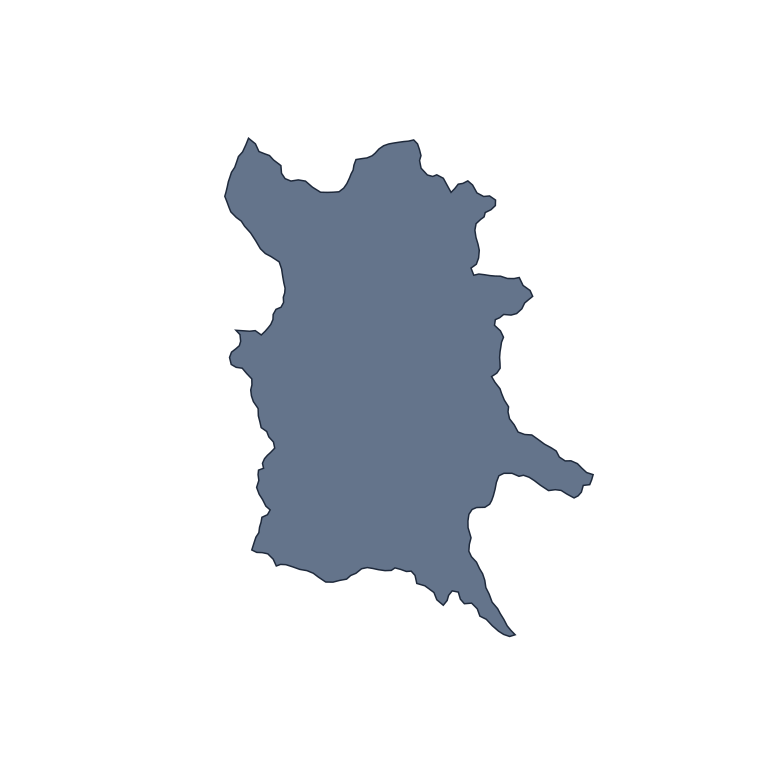 the district of Campanário, Minas Gerais, Brazil, rotated 131°
{"feature_id": "56859067B36215621626417", "entity_name": "Campanário", "entity_type": "district", "adm_level": 2, "iso_a3": "BRA", "parent_name": "Brazil", "parent_adm1": "Minas Gerais", "projection": "equal_earth", "projection_center": [-41.737, -18.28], "detail": "fine", "context": "isolated", "style": "filled", "palette": "slate", "viewbox_px": 768, "rotation_deg": 131, "n_neighbors": 0, "source": "geoboundaries", "source_scale": "gbopen_adm2", "svg_char_len": 3819}
<svg xmlns="http://www.w3.org/2000/svg" viewBox="0 0 768 768"><g transform="rotate(131 384 384)"><path d="M592.0,345.9L588.0,343.7L584.7,339.5L581.8,332.7L579.2,326.0L575.4,319.7L573.2,313.2L572.8,307.0L571.7,298.1L567.0,292.5L561.3,288.6L555.8,284.2L550.3,283.5L545.3,281.0L538.1,279.7L533.5,276.2L530.6,271.5L527.8,266.4L524.2,260.8L519.9,256.2L515.6,255.1L513.0,249.8L510.8,244.1L507.4,240.7L508.1,235.0L513.0,228.4L509.5,220.8L508.6,209.5L512.2,202.6L512.1,194.1L506.0,194.3L501.1,196.6L495.4,196.8L492.3,191.4L496.3,185.2L497.1,179.2L491.9,174.1L492.5,166.1L496.3,159.3L494.5,152.5L495.4,143.6L495.4,135.3L494.5,129.4L492.1,123.5L487.2,120.5L486.7,126.5L485.7,132.4L483.0,139.2L481.0,145.7L479.0,150.8L477.7,159.3L473.6,166.8L470.8,173.6L466.0,179.2L462.5,185.1L460.7,190.7L457.8,197.3L457.0,204.7L454.5,210.3L449.0,214.4L443.0,217.4L439.9,222.2L437.3,226.3L432.3,230.8L426.7,234.4L420.9,235.2L416.5,233.1L410.9,227.0L405.4,225.4L401.3,226.3L396.7,228.1L390.6,231.1L384.6,234.6L377.9,237.1L372.7,234.9L367.4,228.8L365.1,221.6L361.4,218.9L359.2,213.4L358.3,207.4L357.8,199.6L356.5,189.9L351.4,185.4L348.1,180.5L347.1,173.9L345.3,165.8L341.0,164.1L336.1,164.1L329.8,167.1L325.0,162.7L320.1,164.4L315.2,166.7L317.9,173.0L317.7,179.8L317.2,185.7L319.3,192.5L323.2,196.8L324.1,203.8L321.6,210.0L322.4,215.7L324.1,223.3L324.8,231.8L325.5,239.0L329.8,244.7L332.3,251.3L329.4,258.9L327.9,266.4L323.7,272.1L319.5,275.0L317.2,282.7L314.1,288.9L311.5,293.3L309.9,301.4L307.8,307.7L301.8,306.0L295.9,306.7L292.1,310.2L288.2,314.1L283.5,317.6L279.6,320.0L275.4,322.7L270.3,324.5L267.5,331.0L267.2,339.1L262.4,342.2L258.1,340.2L253.0,339.3L248.6,333.3L243.8,330.1L236.8,329.3L230.6,331.0L225.5,330.2L220.3,329.3L217.6,335.1L218.4,343.7L214.9,351.8L219.1,355.0L223.4,360.1L226.2,366.8L229.6,370.9L232.7,375.2L235.7,380.0L238.8,384.6L243.0,387.6L239.4,394.4L233.0,392.9L226.8,395.3L220.6,399.8L216.8,404.8L213.0,410.8L208.3,416.3L202.6,419.7L196.2,419.0L192.2,418.1L188.2,420.1L182.3,417.6L176.3,417.0L172.0,420.5L172.8,427.7L177.1,431.8L178.8,439.2L175.7,447.7L175.7,454.0L180.9,456.1L184.5,459.1L190.2,458.8L195.4,459.1L193.0,465.6L189.8,474.2L191.5,481.4L195.4,483.4L197.8,488.4L196.8,497.6L192.0,503.8L187.4,505.9L183.9,510.9L180.8,516.2L180.3,521.7L184.7,524.9L188.0,528.1L191.8,531.4L195.7,534.7L199.7,537.9L204.4,540.6L209.9,542.0L215.6,542.1L219.6,542.7L224.6,545.2L228.1,548.3L233.0,552.4L238.5,550.3L242.9,547.6L246.9,546.7L251.1,545.2L257.1,543.5L262.6,542.9L268.5,544.1L272.7,548.3L276.5,552.4L280.9,557.7L282.4,567.1L282.4,576.4L286.2,582.6L291.9,587.4L293.9,593.4L292.2,599.6L286.8,605.1L287.4,614.4L286.7,620.3L288.6,625.2L290.6,630.9L287.1,638.6L287.4,647.5L294.0,645.2L301.6,643.0L307.8,643.1L313.1,640.9L318.4,638.8L324.3,638.0L329.0,636.0L333.4,634.2L338.1,631.6L342.9,629.1L346.8,627.3L349.5,622.1L352.1,617.4L354.6,612.5L355.2,604.8L354.7,598.6L356.4,592.7L357.5,583.8L360.1,574.7L363.0,566.1L363.4,559.2L361.9,552.7L360.6,543.2L364.4,536.7L369.2,531.1L373.5,525.8L376.6,521.5L380.4,518.7L384.6,516.9L388.3,513.3L393.6,512.1L398.5,514.5L404.2,513.3L408.2,510.1L413.4,508.5L417.8,508.3L422.3,508.3L427.5,508.8L428.2,516.2L432.3,520.0L436.6,525.7L440.6,531.0L441.2,525.1L445.8,520.2L450.0,518.3L454.5,518.9L460.0,520.0L465.3,518.0L469.5,512.1L468.4,506.5L465.1,501.4L466.2,494.3L466.9,487.1L471.3,483.1L475.9,480.7L479.9,476.3L483.0,471.0L485.1,462.9L490.5,457.9L494.0,452.8L497.5,448.1L496.8,441.3L499.5,436.2L500.3,429.4L504.1,424.4L510.1,424.7L514.3,425.2L518.7,425.2L523.6,423.7L526.6,419.6L531.3,422.2L535.0,419.6L538.9,415.2L545.6,412.3L549.1,405.9L550.9,399.8L553.7,393.0L553.7,387.3L559.1,386.2L564.7,388.7L569.0,386.1L573.7,384.0L578.3,380.9L583.6,380.2L589.1,377.9L596.0,374.9L594.6,369.6L591.1,365.2L588.4,360.3L588.9,352.7L592.0,345.9Z" fill="#64748b" stroke="#1e293b" stroke-width="1.5"/></g></svg>